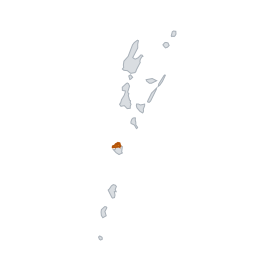 Malorua, Shefa, Vanuatu shown in context, rotated 37°
{"feature_id": "77236927B16755152791685", "entity_name": "Malorua", "entity_type": "district", "adm_level": 2, "iso_a3": "VUT", "parent_name": "Vanuatu", "parent_adm1": "Shefa", "projection": "natural_earth1", "projection_center": [168.26, -17.624], "detail": "fine", "context": "in_parent", "style": "filled", "palette": "amber", "viewbox_px": 256, "rotation_deg": 37, "n_neighbors": 0, "source": "geoboundaries", "source_scale": "gbopen_adm2", "svg_char_len": 4521}
<svg xmlns="http://www.w3.org/2000/svg" viewBox="0 0 256 256"><g transform="rotate(37 128 128)"><path d="M87.6,58.2L89.4,68.9L91.5,68.9L92.6,68.3L93.8,65.8L94.3,61.9L95.4,61.3L96.8,61.7L96.2,63.0L96.6,66.1L97.6,67.9L98.3,68.2L99.7,76.5L100.3,78.2L100.2,79.6L97.3,82.7L93.0,82.6L89.9,84.4L88.0,84.3L88.1,82.2L86.4,80.5L84.5,77.0L85.0,70.7L81.6,58.9L81.6,56.0L82.7,52.2L83.8,52.0L85.3,55.2L87.6,58.2ZM106.1,99.4L107.4,100.1L108.1,100.1L108.5,101.7L112.5,104.8L113.6,104.7L114.5,106.4L116.2,107.3L116.6,109.1L117.9,110.9L115.7,113.0L111.6,112.4L109.3,114.9L107.2,114.3L106.8,113.0L107.1,112.6L105.8,109.3L105.3,104.2L104.4,101.3L103.5,100.0L101.5,101.1L100.8,101.3L98.9,98.9L99.8,93.9L100.3,92.5L101.7,92.3L104.0,93.6L106.1,99.4ZM159.1,191.7L157.8,193.3L156.7,193.1L149.5,189.5L149.8,188.0L149.6,184.2L150.3,182.1L152.3,181.3L153.9,181.7L154.8,184.8L156.9,186.0L155.4,187.0L158.0,189.4L159.1,191.7ZM134.7,146.3L137.4,151.0L138.5,151.3L136.8,154.6L133.4,154.9L129.3,154.1L130.8,152.9L130.0,151.7L128.8,151.4L127.4,152.0L126.8,151.8L127.7,149.7L129.9,146.7L130.6,146.4L131.2,146.4L131.8,146.6L134.7,146.3ZM130.6,107.2L127.4,107.5L123.0,106.5L121.2,105.1L120.4,103.7L121.9,102.6L124.1,102.1L126.9,98.9L127.9,100.2L128.9,103.8L130.0,104.9L130.6,106.0L130.6,107.2ZM163.4,211.2L161.9,214.8L159.4,213.9L157.1,211.4L155.9,209.2L156.7,204.9L157.9,204.1L159.1,204.4L159.8,208.6L163.4,211.2ZM128.3,95.3L127.8,95.3L127.3,93.8L125.8,85.9L126.8,78.8L127.4,80.3L129.8,92.8L129.5,94.8L128.3,95.3ZM134.7,121.5L135.5,122.0L135.1,123.4L131.3,121.8L128.2,122.4L127.4,122.4L126.5,121.1L125.8,118.7L126.1,116.9L127.4,115.7L127.9,115.5L128.8,117.0L129.7,118.0L130.6,118.5L132.5,120.9L134.7,121.5ZM119.9,78.0L118.1,79.4L114.6,79.3L113.4,78.5L117.6,73.9L122.4,73.0L119.9,78.0ZM110.9,39.8L109.7,41.5L106.6,40.9L105.8,40.5L106.0,37.8L106.8,36.8L108.7,36.0L111.2,37.3L110.9,39.8ZM108.2,28.4L107.8,28.7L107.1,28.4L105.5,24.5L105.9,23.2L108.0,22.0L109.8,24.1L110.0,25.3L110.0,26.4L109.7,27.3L108.5,27.6L108.2,28.4ZM127.6,74.5L127.1,76.5L126.0,74.2L125.2,64.4L125.5,63.4L126.1,63.4L127.5,70.2L127.6,74.5ZM174.4,232.3L173.5,234.0L172.0,234.0L170.1,232.8L170.4,231.2L172.6,230.9L173.2,231.0L174.4,232.3ZM100.8,87.3L100.3,88.2L97.3,86.0L98.0,84.0L101.2,84.7L100.8,87.3Z" fill="#d9dde1" stroke="#a8b0b8" stroke-width="1"/><path d="M132.7,148.3L132.6,148.2L132.8,148.1L132.9,147.8L132.9,147.7L133.0,147.5L133.0,147.4L133.0,147.2L132.9,147.2L132.9,146.9L132.7,146.9L132.5,146.7L132.4,146.6L132.3,146.4L132.2,146.4L131.9,146.5L131.7,146.5L131.7,146.4L131.5,146.2L131.5,145.9L131.4,145.7L131.1,145.7L130.9,145.8L130.7,146.0L130.4,146.1L130.2,146.3L130.2,146.5L130.3,146.5L130.2,146.6L130.0,146.8L130.0,147.0L129.9,147.1L129.6,147.2L129.4,147.3L129.2,147.3L129.2,147.5L129.1,147.9L129.1,148.1L129.1,148.4L129.0,148.6L128.9,148.8L128.7,148.9L128.6,149.0L128.4,149.1L128.2,149.2L128.0,149.3L127.9,149.4L127.9,149.6L127.7,149.7L127.7,149.9L127.6,150.0L127.6,150.3L127.5,150.5L127.4,150.6L127.3,150.8L127.3,151.0L127.2,151.0L127.1,151.3L126.9,151.4L126.9,151.5L126.7,151.7L126.7,151.8L126.8,151.9L127.0,151.8L127.2,151.7L127.3,151.7L127.4,151.8L127.3,152.0L127.2,152.1L127.1,152.3L127.1,152.5L127.3,152.5L127.5,152.6L127.4,152.6L127.5,152.6L127.4,152.7L127.4,152.8L127.5,152.9L127.8,152.7L128.0,152.5L128.0,152.3L128.1,152.2L128.4,151.9L128.5,151.7L128.9,151.3L129.0,151.3L129.0,151.2L129.3,151.0L129.5,151.0L129.3,150.7L129.5,150.5L129.7,150.4L129.8,150.3L129.9,150.2L130.0,150.2L130.2,149.9L130.3,149.9L130.3,150.0L130.5,150.0L130.5,149.9L130.6,149.6L130.8,149.5L130.8,149.4L131.0,149.4L131.3,149.3L131.3,149.2L131.2,149.2L131.3,149.1L131.3,148.9L131.3,148.7L131.2,148.6L131.3,148.6L131.5,148.7L131.8,148.6L131.9,148.4L132.0,148.4L132.1,148.2L132.2,147.9L132.3,148.0L132.4,147.9L132.4,148.0L132.5,148.1L132.5,148.3L132.7,148.3ZM130.4,145.1L130.2,145.1L130.0,145.3L129.9,145.3L129.8,145.5L129.7,145.6L129.3,145.6L129.2,145.6L128.9,145.7L128.9,145.8L128.7,145.9L128.7,146.0L128.7,146.3L128.7,146.5L128.8,146.5L128.7,146.6L128.5,146.8L128.4,146.9L128.3,147.0L128.5,147.2L128.9,146.8L128.9,146.7L129.0,146.6L129.3,146.6L129.5,146.5L129.7,146.4L129.8,146.3L129.8,146.2L130.2,146.0L130.3,146.0L130.4,145.9L130.5,145.9L130.8,145.8L130.8,145.7L130.6,145.4L130.4,145.2L130.4,145.1ZM128.1,148.5L128.4,148.7L128.5,148.7L128.6,148.4L128.5,148.1L128.4,147.9L128.3,147.7L128.2,147.4L128.2,147.5L128.1,147.8L127.9,147.9L127.9,148.0L127.7,148.2L127.7,148.3L127.9,148.4L128.1,148.5ZM128.8,145.9L128.7,145.9L128.8,145.9Z" fill="#f59e0b" stroke="#b45309" stroke-width="1.5"/></g></svg>